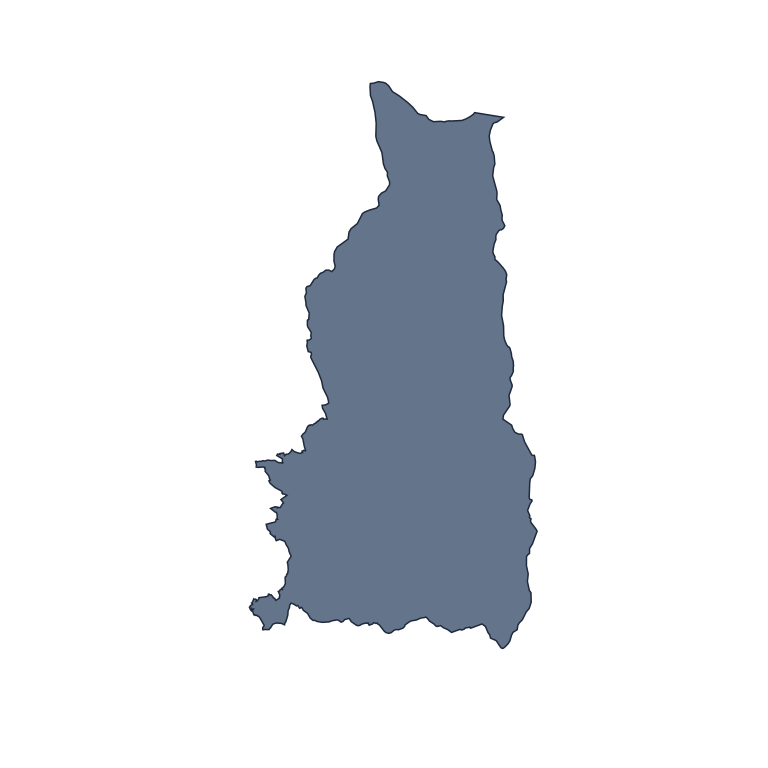 Sacel, Maramures, Romania, rotated 251°
{"feature_id": "2599482B54515927208841", "entity_name": "Sacel", "entity_type": "district", "adm_level": 2, "iso_a3": "ROU", "parent_name": "Romania", "parent_adm1": "Maramures", "projection": "equal_earth", "projection_center": [24.452, 47.623], "detail": "fine", "context": "isolated", "style": "filled", "palette": "slate", "viewbox_px": 768, "rotation_deg": 251, "n_neighbors": 0, "source": "geoboundaries", "source_scale": "gbopen_adm2", "svg_char_len": 6166}
<svg xmlns="http://www.w3.org/2000/svg" viewBox="0 0 768 768"><g transform="rotate(251 384 384)"><path d="M597.2,583.9L611.1,558.0L610.1,556.7L608.8,552.7L608.0,548.1L607.8,543.6L610.8,533.0L611.4,531.9L612.2,528.3L611.9,527.0L614.0,522.9L615.9,516.2L619.6,512.5L624.1,511.2L627.0,505.9L629.0,503.9L635.9,501.5L642.0,498.3L651.3,492.3L657.7,487.2L664.4,485.5L667.9,483.5L669.5,481.4L671.7,477.1L671.8,472.1L672.6,468.9L669.8,467.6L661.1,465.1L655.1,465.2L643.6,463.9L633.1,461.5L620.8,456.9L616.2,456.4L603.4,457.4L592.3,455.1L587.4,455.1L583.1,456.2L579.7,454.9L573.3,455.1L570.5,454.1L566.0,448.4L565.3,443.7L563.2,440.0L560.4,438.6L554.7,437.6L552.8,434.3L553.2,427.2L552.9,421.6L552.1,419.0L544.4,411.1L541.6,403.4L539.1,400.4L532.7,397.2L528.8,384.4L525.4,380.5L523.0,379.0L516.5,376.7L511.3,376.2L509.0,374.7L507.3,371.2L509.6,369.0L510.6,366.0L509.4,362.7L509.4,360.0L508.1,357.6L506.1,355.5L506.2,353.9L505.6,351.9L501.2,346.5L501.0,345.7L501.2,342.9L499.9,341.3L495.5,340.3L492.6,337.7L486.0,336.6L483.7,335.8L475.4,336.4L469.5,333.8L469.4,332.6L468.9,332.2L464.3,330.6L462.4,330.6L456.4,332.0L453.3,330.4L451.0,330.3L450.5,329.6L449.9,327.3L450.5,325.7L449.8,325.2L448.8,325.4L445.2,323.4L439.3,322.9L437.6,325.4L435.4,325.0L434.2,323.8L432.7,323.4L416.1,325.7L407.4,326.0L399.7,325.0L390.1,326.3L385.7,325.9L383.8,325.2L383.3,321.8L384.0,318.5L381.0,318.0L375.4,319.1L369.3,318.8L370.0,317.4L370.3,315.3L371.5,315.3L371.8,314.0L371.6,312.1L370.4,310.0L370.5,309.1L369.6,307.8L369.8,307.5L369.4,307.3L369.0,304.5L368.3,303.2L369.2,301.7L368.9,300.6L369.3,300.4L369.3,299.3L368.5,297.8L363.9,293.6L363.1,291.2L361.5,288.9L358.5,289.4L350.7,288.3L346.6,288.2L346.2,288.6L347.4,286.4L347.1,286.1L347.2,284.6L345.7,284.6L345.8,281.7L349.2,277.2L352.0,275.6L350.3,273.8L349.2,271.6L348.9,270.3L349.5,268.7L348.6,266.6L351.5,266.6L352.1,262.9L351.4,262.7L352.4,260.5L351.3,259.3L346.2,263.6L343.4,262.5L342.4,262.8L342.3,262.4L344.2,258.4L347.4,255.8L348.3,252.5L349.9,249.4L350.0,246.0L350.9,244.7L350.9,242.7L351.6,240.5L351.5,239.3L352.4,238.4L352.6,237.3L349.3,237.1L347.0,236.1L346.1,237.9L345.0,242.4L344.0,244.1L342.9,243.6L342.1,244.1L340.1,243.2L334.5,245.2L332.0,244.9L330.2,245.3L329.9,243.6L326.9,244.1L321.5,247.3L316.0,252.4L314.8,252.6L314.3,252.0L312.8,252.5L312.6,253.7L310.3,256.0L308.3,248.9L304.3,250.3L303.8,249.1L301.0,245.7L301.6,244.0L302.2,243.4L301.7,242.7L302.6,242.4L303.4,241.2L303.3,236.2L298.3,239.4L297.8,240.3L295.5,240.5L291.4,239.1L290.8,239.3L291.2,238.0L289.2,236.7L289.0,236.0L289.7,226.9L284.8,226.5L281.1,228.4L279.6,227.6L275.1,230.4L275.6,231.4L275.4,231.5L273.1,230.9L270.9,231.1L271.1,234.8L267.5,239.0L263.9,239.2L259.8,240.1L256.2,239.7L251.4,240.1L246.9,234.5L244.4,234.3L239.6,233.0L236.4,231.3L236.1,230.5L234.1,229.0L233.5,227.6L227.3,225.7L225.2,223.6L224.1,221.5L223.0,221.1L223.9,220.6L223.3,220.1L223.4,219.0L222.2,217.8L222.3,216.5L219.1,216.8L217.3,216.4L216.6,215.5L215.6,215.4L214.6,211.2L216.8,210.9L217.2,210.2L221.3,208.8L221.7,207.7L222.8,206.9L222.9,206.2L221.5,205.8L221.2,203.5L222.7,196.2L222.0,196.0L220.3,193.8L220.1,192.4L221.3,193.1L222.3,192.7L222.8,191.1L223.2,190.9L220.0,188.1L220.0,187.5L218.3,188.0L218.0,185.6L217.1,185.0L216.8,184.1L214.3,184.4L214.0,185.3L214.7,185.8L213.7,186.1L213.6,187.3L213.1,186.8L213.9,184.4L212.5,184.8L212.5,185.2L211.6,185.8L208.1,185.8L207.8,186.9L207.2,186.8L206.7,188.6L205.8,188.8L205.0,189.9L203.3,190.5L194.9,192.1L194.0,191.5L193.4,190.2L191.2,189.3L190.9,189.8L190.7,191.3L189.2,195.3L190.1,196.4L190.3,197.3L192.8,200.3L193.2,201.4L193.0,204.5L191.1,209.0L188.7,211.6L190.1,212.3L191.3,213.9L196.6,217.7L201.0,219.6L203.6,222.0L205.2,222.5L207.0,224.6L205.8,226.5L202.7,229.0L202.7,230.3L199.3,231.3L199.7,233.2L199.5,233.5L196.2,234.1L192.1,237.0L186.4,238.1L183.5,240.0L183.1,241.6L181.3,243.3L178.7,248.2L176.9,254.8L177.1,257.3L176.3,262.5L175.6,263.9L172.8,265.9L172.8,267.9L174.1,270.2L173.7,274.7L169.9,275.7L165.0,279.3L164.0,280.6L163.6,282.6L164.2,284.6L163.9,289.0L163.2,290.3L163.3,291.1L161.1,291.3L160.6,291.9L161.0,292.7L160.7,294.1L160.9,295.3L161.7,296.5L160.3,298.4L160.2,299.7L159.5,299.7L157.6,301.2L150.1,303.8L148.3,305.0L146.8,307.1L146.5,309.7L147.9,313.5L147.9,315.5L146.9,317.7L147.0,322.5L148.1,324.6L149.4,325.5L151.0,331.0L151.1,333.0L150.3,337.7L150.7,342.6L150.0,346.2L150.1,347.5L148.3,348.8L145.0,349.8L141.0,353.0L138.2,354.3L137.4,355.5L137.1,358.9L134.2,360.8L131.1,364.2L127.1,367.0L127.3,375.4L127.2,376.1L126.2,377.0L126.0,379.8L126.7,381.1L126.7,382.4L126.0,386.2L125.0,386.2L124.9,386.6L125.2,398.6L121.6,401.0L115.1,401.4L112.1,402.3L109.0,402.0L104.9,406.5L96.6,408.7L95.4,409.9L95.4,411.1L96.3,413.4L98.0,416.7L100.1,419.4L105.1,422.9L107.2,425.1L108.3,429.9L112.3,432.0L114.0,434.0L116.1,438.1L122.2,444.3L124.4,448.1L129.7,452.1L138.8,455.0L141.4,454.2L150.6,455.3L157.4,458.5L165.7,459.5L174.3,462.5L175.5,463.9L176.4,466.4L181.1,468.1L184.4,472.2L194.9,480.8L196.8,480.6L205.1,477.9L207.0,478.0L208.5,479.1L209.4,478.9L209.9,478.1L210.8,478.1L211.9,479.0L217.7,478.6L223.1,483.1L225.2,485.9L226.4,486.0L227.4,484.4L229.1,484.2L243.1,489.6L246.8,491.5L248.9,494.8L255.0,499.1L261.0,501.9L266.5,502.9L267.7,502.9L267.8,501.7L268.8,500.6L283.4,498.1L291.1,498.3L291.8,497.7L292.9,494.8L295.8,492.0L300.0,491.2L303.5,491.3L312.0,485.0L315.7,486.9L322.2,495.6L323.5,496.5L332.5,498.5L339.4,504.0L341.0,504.8L347.3,504.7L349.3,505.5L350.2,507.1L353.1,509.8L354.6,510.7L357.7,511.5L358.4,512.2L363.4,513.6L368.3,513.6L371.0,514.3L376.1,514.7L377.9,514.5L379.0,513.4L381.3,512.7L386.2,512.4L390.4,512.9L400.1,516.0L410.5,517.5L418.9,521.1L423.9,523.9L429.6,525.7L440.8,533.2L443.0,533.4L447.3,535.6L451.0,535.6L454.8,534.5L462.8,531.2L465.6,529.4L468.2,530.3L471.5,529.8L474.0,530.1L480.3,533.6L484.2,536.9L486.8,537.6L488.9,538.8L491.8,542.9L492.0,543.6L491.5,545.0L492.3,547.7L494.4,549.8L499.8,549.0L501.8,549.3L505.2,550.8L510.4,551.1L515.0,551.9L521.9,550.6L527.0,552.8L529.8,553.5L545.3,554.5L552.9,558.1L555.8,560.4L563.7,562.4L567.5,562.7L569.2,562.3L579.3,563.1L584.4,564.3L589.4,567.3L594.6,571.8L595.1,573.3L594.9,576.4L597.2,583.9Z" fill="#64748b" stroke="#1e293b" stroke-width="1.5"/></g></svg>